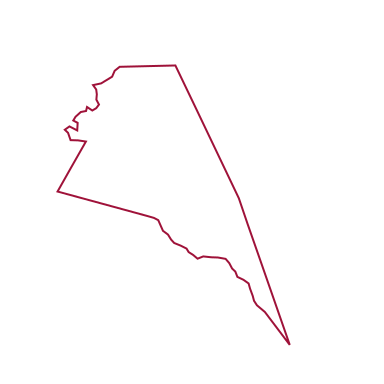 Barcelona, Rio Grande do Norte, Brazil (Equal Earth projection), rotated 288°
{"feature_id": "56859067B2064613695098", "entity_name": "Barcelona", "entity_type": "district", "adm_level": 2, "iso_a3": "BRA", "parent_name": "Brazil", "parent_adm1": "Rio Grande do Norte", "projection": "equal_earth", "projection_center": [-35.938, -5.981], "detail": "fine", "context": "isolated", "style": "outline", "palette": "rose", "viewbox_px": 384, "rotation_deg": 288, "n_neighbors": 0, "source": "geoboundaries", "source_scale": "gbopen_adm2", "svg_char_len": 882}
<svg xmlns="http://www.w3.org/2000/svg" viewBox="0 0 384 384"><g transform="rotate(288 192 192)"><path d="M288.7,84.5L283.4,81.0L277.0,80.4L267.2,72.0L263.1,64.9L259.9,69.2L255.5,71.3L250.3,72.5L246.4,76.5L242.1,75.0L238.7,72.0L240.4,65.9L236.3,66.2L233.7,61.5L227.6,58.0L223.3,57.0L222.4,61.9L215.1,63.8L216.5,55.2L211.9,51.8L210.0,55.8L203.8,60.5L205.9,67.7L207.2,75.5L177.6,69.4L150.9,64.0L155.4,157.8L155.6,163.8L154.8,168.6L150.1,172.8L146.1,176.4L144.1,182.3L140.3,186.8L138.0,190.8L137.5,197.8L136.5,204.3L133.8,207.4L132.5,212.5L130.3,217.9L134.2,222.6L135.9,230.6L137.7,236.8L138.8,244.6L135.9,249.4L131.6,253.8L129.7,257.8L125.3,261.4L124.4,268.1L122.5,274.1L118.0,277.1L111.9,281.9L107.7,284.6L104.3,288.8L100.4,298.4L76.8,332.2L149.4,277.1L178.7,254.8L200.5,238.5L231.8,208.8L271.3,171.3L307.2,137.1L288.7,84.5Z" fill="none" stroke="#9f1239" stroke-width="2"/></g></svg>